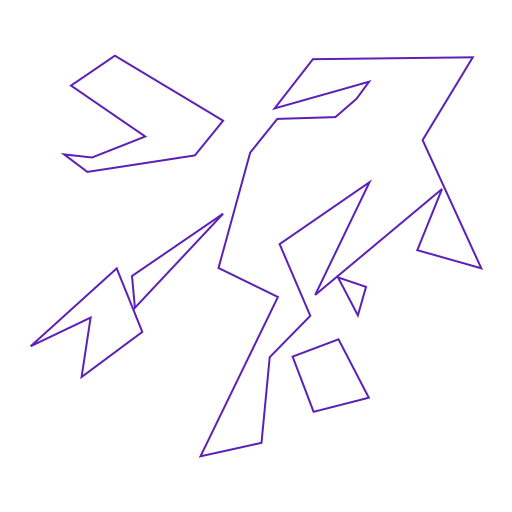 the border of Argyll and Bute
{"feature_id": "GBR-2746", "entity_name": "Argyll and Bute", "entity_type": "Unitary District", "adm_level": 1, "iso_a3": "GBR", "parent_name": "United Kingdom", "parent_adm1": "", "projection": "robinson", "projection_center": [-5.597, 55.994], "detail": "coarse", "context": "isolated", "style": "outline", "palette": "violet", "viewbox_px": 512, "rotation_deg": 0, "n_neighbors": 0, "source": "natural_earth", "source_scale": "10m", "svg_char_len": 719}
<svg xmlns="http://www.w3.org/2000/svg" viewBox="0 0 512 512"><path d="M481.3,268.3L417.3,250.2L442.0,189.0L315.2,294.9L369.5,182.2L279.6,244.1L310.3,315.8L269.7,357.2L261.5,442.8L200.5,456.3L277.9,297.0L218.5,268.0L250.2,152.6L277.3,118.9L335.4,117.1L356.5,98.8L369.1,81.7L274.6,108.4L312.9,59.2L472.8,57.3L422.6,140.1L481.3,268.3ZM223.1,120.7L194.9,155.4L87.3,171.9L64.1,154.4L92.0,157.5L145.2,136.5L71.0,85.6L114.9,55.7L223.1,120.7ZM142.3,331.9L81.6,377.0L90.6,317.6L30.7,346.2L116.7,268.4L142.3,331.9ZM368.8,397.7L313.6,411.8L292.6,356.6L338.5,339.3L368.8,397.7ZM132.0,276.0L223.1,213.7L134.9,307.8L132.0,276.0ZM366.0,286.9L357.9,315.4L338.0,277.4L366.0,286.9Z" fill="none" stroke="#5b21b6" stroke-width="2"/></svg>